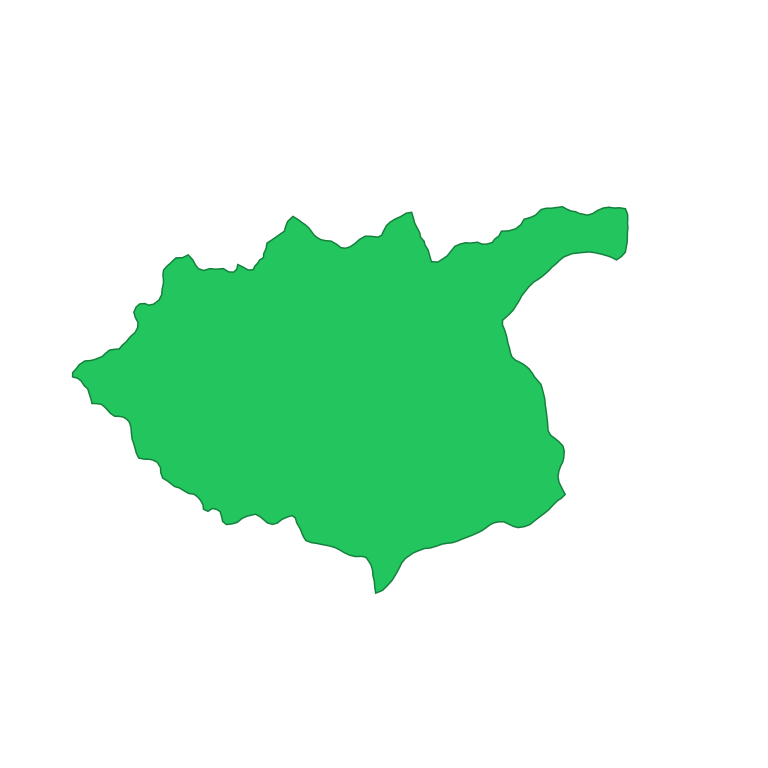 Estrela do Sul, Minas Gerais, Brazil (Robinson projection), rotated 249°
{"feature_id": "56859067B22487341809350", "entity_name": "Estrela do Sul", "entity_type": "district", "adm_level": 2, "iso_a3": "BRA", "parent_name": "Brazil", "parent_adm1": "Minas Gerais", "projection": "robinson", "projection_center": [-47.718, -18.736], "detail": "fine", "context": "isolated", "style": "filled", "palette": "green", "viewbox_px": 768, "rotation_deg": 249, "n_neighbors": 0, "source": "geoboundaries", "source_scale": "gbopen_adm2", "svg_char_len": 4404}
<svg xmlns="http://www.w3.org/2000/svg" viewBox="0 0 768 768"><g transform="rotate(249 384 384)"><path d="M216.0,513.6L220.8,513.0L224.4,512.6L229.6,512.2L235.1,513.2L240.1,516.1L244.1,519.5L247.1,522.9L250.9,525.5L256.9,528.3L262.1,528.8L267.1,526.8L272.0,524.0L276.6,521.1L281.7,520.5L286.5,522.0L291.0,523.3L296.5,524.7L302.2,526.1L307.4,527.2L311.8,528.6L316.4,529.3L320.0,529.7L323.9,530.1L327.4,530.4L331.9,528.8L336.6,527.1L340.6,526.4L346.3,524.8L351.7,521.7L355.5,518.7L359.2,515.2L363.4,513.2L367.6,513.2L372.4,514.0L377.7,514.3L381.1,515.0L386.3,515.7L392.0,516.0L396.8,515.8L401.1,517.6L402.7,522.0L404.2,525.8L406.7,531.2L409.9,535.4L413.1,539.8L417.0,544.2L420.4,549.9L423.2,554.7L425.6,560.6L426.4,565.2L427.5,569.4L429.2,574.5L431.1,579.2L433.0,583.0L434.7,588.1L436.7,592.7L438.2,597.6L438.3,606.1L436.5,613.3L434.9,618.9L433.8,622.8L431.1,627.8L427.3,633.5L423.8,638.2L420.6,641.9L416.5,645.5L417.9,651.3L420.6,656.6L424.6,659.0L429.4,661.9L433.3,663.6L437.9,665.4L442.7,667.8L446.7,668.9L450.4,670.6L455.0,672.2L461.1,672.2L464.1,667.1L465.8,661.9L468.4,657.4L469.7,651.7L469.5,645.4L468.3,639.7L468.7,634.4L471.2,630.7L473.3,627.3L476.2,624.6L478.5,620.6L481.8,617.2L485.5,614.2L486.7,609.4L488.1,603.3L489.9,598.6L490.6,593.2L488.9,589.6L487.3,585.8L487.0,580.4L487.6,573.8L483.8,569.1L481.7,562.6L482.3,555.1L484.6,548.4L480.9,544.2L479.6,539.3L477.3,535.8L477.8,529.7L479.6,525.5L482.9,522.0L484.6,515.0L486.7,510.5L487.3,505.7L487.2,499.6L483.5,493.2L480.9,488.8L479.8,484.0L478.5,478.1L481.2,472.1L487.2,472.6L493.4,473.2L499.1,472.1L502.9,472.6L507.8,470.8L512.9,471.5L518.5,470.8L523.3,470.3L529.2,471.0L534.4,471.3L535.5,465.8L534.3,459.5L534.0,453.6L532.9,447.6L530.8,442.8L526.5,437.9L523.7,435.1L523.3,430.9L526.3,425.3L528.7,419.5L527.7,412.8L525.4,406.7L524.2,401.2L524.5,396.8L526.7,392.6L531.2,390.0L536.3,385.9L539.0,380.4L541.4,376.8L544.5,374.2L548.3,372.0L551.9,371.1L556.5,369.8L560.9,367.6L564.0,365.4L568.6,362.5L573.1,359.1L570.3,352.3L565.9,348.3L562.3,345.7L561.3,341.3L560.0,336.4L558.8,331.4L557.5,325.3L552.4,322.2L548.9,318.5L545.2,316.7L544.3,312.3L542.0,309.2L540.2,305.5L537.5,302.8L539.1,298.0L543.7,294.3L547.9,290.3L543.9,287.7L542.3,283.7L544.3,279.2L549.3,275.4L551.6,267.7L554.1,262.9L554.6,256.3L558.1,252.1L562.1,250.8L568.7,249.9L574.7,247.5L574.1,241.2L576.3,235.0L574.7,231.0L573.1,227.3L571.7,223.4L569.3,219.0L565.1,216.7L560.9,215.6L556.9,214.1L552.0,210.8L547.2,208.6L543.0,204.0L541.1,197.4L542.0,192.4L544.9,189.5L546.3,184.5L544.5,179.9L540.6,176.2L535.2,175.7L529.5,176.4L524.7,174.0L521.2,170.0L519.7,165.7L517.9,161.9L515.7,158.4L514.0,153.5L511.6,149.3L513.0,144.7L514.0,139.9L512.4,134.9L510.6,130.7L510.6,126.1L510.6,121.7L511.3,117.6L512.7,113.0L511.3,106.5L508.3,101.7L506.2,97.4L502.2,95.8L499.3,99.9L495.5,102.3L489.9,103.5L485.7,105.7L481.6,105.4L474.4,105.0L470.5,104.3L468.9,108.2L466.5,112.7L462.4,115.1L459.0,116.4L454.4,118.2L450.4,121.0L448.8,125.0L446.6,128.7L443.2,131.3L439.5,132.6L434.0,132.2L428.4,130.5L422.7,129.1L418.5,129.0L412.7,128.5L408.0,128.0L402.7,128.5L399.7,133.3L398.1,137.3L396.2,140.6L392.2,144.3L386.0,145.4L381.3,143.8L375.4,143.7L370.9,147.2L366.9,149.6L363.3,151.8L360.3,155.7L355.9,159.1L351.7,162.5L349.4,166.9L345.3,169.6L341.0,171.1L336.0,171.7L331.8,170.6L328.2,174.0L329.3,179.2L326.9,182.8L323.8,185.2L319.1,185.0L313.5,184.1L309.3,186.5L307.9,191.8L307.4,197.4L309.3,203.2L309.7,208.7L309.1,213.1L308.5,217.4L304.5,220.8L300.5,223.0L296.1,225.4L292.9,229.6L292.4,234.6L294.2,240.3L294.4,246.6L294.2,251.0L290.7,253.2L285.5,252.8L278.5,253.9L273.4,253.9L269.8,254.1L265.8,255.0L262.0,259.3L259.1,264.4L257.0,267.6L254.9,271.0L252.4,275.0L249.0,279.5L245.1,283.1L240.8,286.4L236.4,290.7L233.2,295.4L231.1,301.3L228.7,305.0L223.8,306.3L219.4,307.0L214.3,306.6L209.1,305.0L203.9,304.4L200.1,303.3L196.7,302.4L191.7,301.3L191.9,308.8L194.0,313.6L196.1,318.0L198.0,321.5L200.9,325.3L203.6,328.7L207.7,333.3L210.6,336.4L213.5,341.5L214.7,346.3L215.8,350.5L216.0,355.9L215.9,362.8L214.3,368.7L213.8,375.4L213.7,381.0L212.6,386.1L211.4,390.5L211.0,396.4L211.2,400.9L211.2,406.1L211.2,411.8L211.5,417.7L212.0,423.0L213.3,428.1L214.5,432.3L215.0,436.8L214.2,441.7L212.4,446.5L208.6,450.1L204.6,453.9L201.9,457.7L200.5,464.0L200.5,469.9L201.8,473.9L204.0,480.9L205.8,487.5L207.5,492.6L210.6,498.9L212.9,504.2L213.7,508.3L216.0,513.6Z" fill="#22c55e" stroke="#15803d" stroke-width="1.5"/></g></svg>